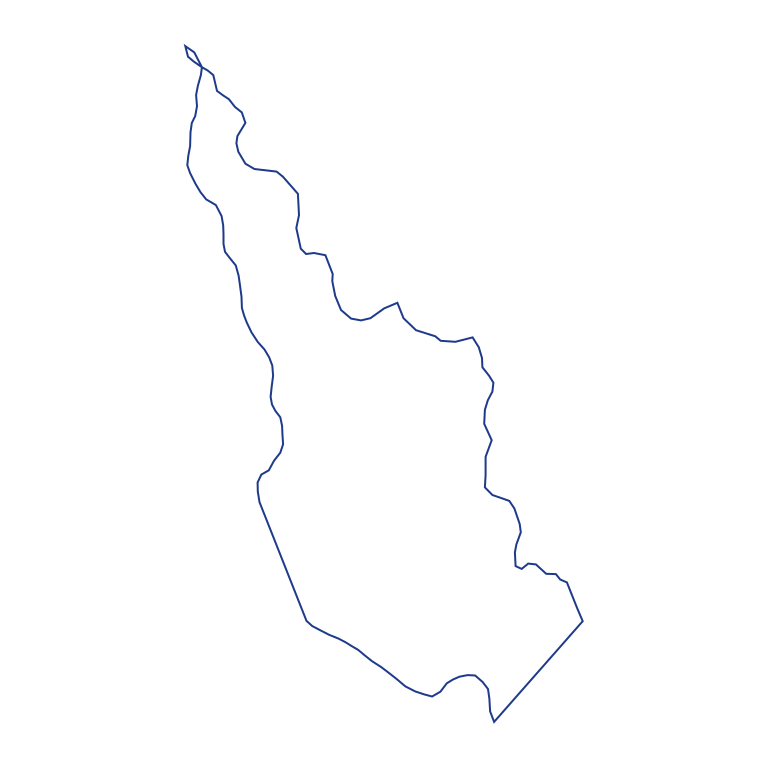 Serra dos Aimorés, Minas Gerais, Brazil (orthographic projection)
{"feature_id": "56859067B89940733316213", "entity_name": "Serra dos Aimorés", "entity_type": "district", "adm_level": 2, "iso_a3": "BRA", "parent_name": "Brazil", "parent_adm1": "Minas Gerais", "projection": "orthographic", "projection_center": [-40.28, -17.754], "detail": "fine", "context": "isolated", "style": "outline", "palette": "blue", "viewbox_px": 768, "rotation_deg": 0, "n_neighbors": 0, "source": "geoboundaries", "source_scale": "gbopen_adm2", "svg_char_len": 1937}
<svg xmlns="http://www.w3.org/2000/svg" viewBox="0 0 768 768"><path d="M435.3,336.3L416.0,330.2L403.5,318.2L397.4,302.8L384.3,308.3L370.4,318.2L361.0,320.4L351.1,318.6L341.0,310.0L335.2,295.9L332.3,281.2L332.7,274.0L325.4,255.2L314.0,253.0L306.1,254.0L300.8,248.7L296.3,228.0L299.0,215.2L297.9,193.8L283.0,176.8L276.6,171.6L254.4,169.0L245.4,163.7L238.3,151.7L236.4,143.3L237.4,136.1L245.4,122.9L241.8,112.4L235.0,107.0L228.9,99.2L223.1,95.4L217.0,90.9L213.3,75.1L207.7,70.5L201.9,67.2L200.9,75.0L197.9,85.7L196.1,95.0L197.0,106.3L195.2,116.1L191.8,123.0L190.5,132.3L190.1,146.2L188.3,155.8L187.3,165.2L190.1,173.1L195.6,184.0L200.5,192.2L206.2,199.4L215.9,205.1L221.6,216.1L223.2,225.5L223.5,234.2L223.5,243.9L225.0,251.8L230.0,258.3L235.8,265.5L238.6,275.6L240.1,286.2L241.5,296.8L241.9,307.9L244.0,315.3L246.8,322.6L251.5,332.4L257.8,342.0L264.5,349.5L269.2,357.4L272.3,365.6L273.1,375.8L271.7,386.5L270.6,396.9L272.0,404.5L275.2,410.6L280.3,417.3L282.1,426.0L282.5,435.4L283.1,444.3L280.3,452.7L274.1,460.6L268.8,470.3L261.3,474.6L257.6,482.5L257.8,491.6L259.5,502.1L306.5,620.9L312.3,626.1L321.1,630.7L329.1,634.8L338.5,638.6L345.6,642.3L351.7,646.1L358.2,649.9L364.9,655.5L371.9,661.1L381.5,667.3L389.1,673.1L396.5,678.9L405.4,686.4L415.2,691.4L423.9,694.3L432.1,696.5L440.4,691.7L446.8,683.3L452.8,679.6L459.4,676.7L467.6,675.1L475.2,675.5L482.6,682.0L488.0,689.0L489.4,698.9L490.1,711.3L494.1,721.9L582.7,621.2L577.1,608.0L566.9,582.4L560.2,579.5L555.9,574.1L546.2,573.8L535.9,564.4L528.2,563.6L521.7,568.9L515.6,566.1L514.9,552.3L516.4,544.4L520.8,532.3L519.7,524.0L514.4,508.5L509.3,500.9L492.4,495.0L484.9,487.4L485.6,474.9L485.6,456.8L491.7,440.2L484.2,423.8L484.9,409.8L487.8,400.3L492.4,391.6L493.4,382.7L489.2,375.9L482.4,367.3L482.0,358.1L478.8,347.3L472.6,337.4L455.4,341.8L440.7,340.8L435.3,336.3ZM185.3,46.1L188.0,56.7L193.7,61.5L201.9,67.2L194.3,52.4L185.3,46.1Z" fill="none" stroke="#1e3a8a" stroke-width="2"/></svg>